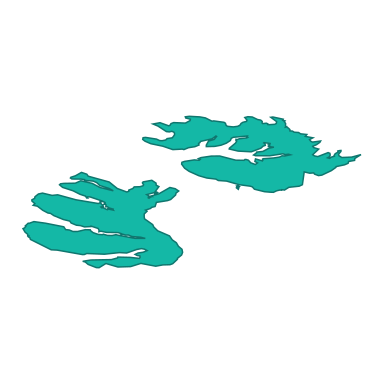 Ísafjarðarbær, Vestfirðir, Iceland (Equal Earth projection)
{"feature_id": "244011B55108803715122", "entity_name": "Ísafjarðarbær", "entity_type": "district", "adm_level": 2, "iso_a3": "ISL", "parent_name": "Iceland", "parent_adm1": "Vestfirðir", "projection": "equal_earth", "projection_center": [-22.968, 66.078], "detail": "fine", "context": "isolated", "style": "filled", "palette": "teal", "viewbox_px": 384, "rotation_deg": 0, "n_neighbors": 0, "source": "geoboundaries", "source_scale": "gbopen_adm2", "svg_char_len": 6039}
<svg xmlns="http://www.w3.org/2000/svg" viewBox="0 0 384 384"><path d="M81.5,172.4L75.4,175.8L70.8,177.3L70.4,178.0L71.9,179.0L81.0,179.1L84.6,179.6L84.7,180.4L93.2,181.1L96.7,182.6L99.8,185.5L109.0,188.4L113.3,190.8L100.0,187.5L92.2,183.4L80.8,180.8L75.3,183.2L63.7,183.4L60.5,183.8L59.5,184.8L62.6,187.4L73.1,190.8L80.0,194.3L85.5,196.1L86.7,198.0L87.4,198.0L86.7,197.4L87.3,197.5L87.4,196.9L90.0,196.9L102.1,201.0L104.9,202.4L104.4,203.0L105.1,203.7L104.7,204.0L106.1,205.0L105.8,206.8L107.4,206.7L108.6,207.6L108.1,208.2L109.3,208.0L113.9,209.3L112.2,209.1L113.5,209.6L112.7,209.5L113.2,210.1L108.4,209.1L107.6,209.7L106.5,209.4L103.5,207.9L103.5,207.4L101.9,207.9L100.9,207.0L101.9,206.7L103.5,207.3L102.7,205.1L104.6,204.1L102.4,205.1L100.5,203.0L100.5,202.0L101.4,201.8L101.1,201.6L100.0,201.9L100.3,202.6L99.9,203.0L98.2,203.5L76.0,199.8L57.7,194.8L52.1,195.4L42.5,193.1L38.4,194.0L35.0,196.7L34.6,198.4L31.9,199.8L31.9,201.0L34.9,203.7L33.2,205.3L37.4,206.2L42.8,210.3L47.9,213.0L50.6,213.4L53.8,215.6L63.3,219.5L69.8,221.1L71.1,223.0L76.4,225.2L80.5,225.6L84.4,226.9L91.8,226.5L90.3,226.2L91.0,226.1L98.2,228.5L99.1,230.5L98.9,231.7L100.9,231.2L106.5,232.4L118.1,232.6L121.3,233.6L121.5,234.6L121.9,234.0L126.0,235.1L128.4,235.0L131.9,236.5L140.7,237.2L145.3,238.4L135.0,238.4L119.5,235.5L120.3,235.3L121.4,234.8L121.1,234.7L119.4,235.5L115.9,234.7L112.1,235.5L107.4,235.4L103.3,234.2L102.3,234.7L98.2,234.4L93.0,232.6L90.5,230.6L90.3,229.8L85.2,229.7L77.6,231.5L72.9,231.5L69.3,230.0L65.6,229.6L63.8,226.8L45.5,223.2L33.9,221.6L29.2,223.3L28.2,223.2L25.3,225.9L25.8,226.4L24.6,227.9L23.0,228.6L25.1,232.2L27.7,234.3L27.7,236.0L28.9,236.0L28.5,236.9L30.0,237.9L30.4,239.4L51.2,249.8L57.1,250.1L82.6,254.6L84.4,254.5L86.7,253.5L104.5,254.2L119.4,252.6L126.7,253.0L136.6,249.5L141.5,248.6L144.6,249.2L147.1,250.6L143.2,252.2L138.0,253.0L135.1,254.4L137.2,255.5L139.9,255.9L140.1,257.3L139.4,258.4L130.4,257.4L117.8,257.1L117.6,257.9L111.4,259.6L90.9,260.0L82.7,261.3L85.3,262.0L88.1,264.4L96.3,267.6L99.1,267.7L105.9,263.5L117.9,267.0L130.6,266.6L140.9,263.4L155.7,266.2L162.9,264.9L170.0,264.7L172.7,263.7L177.4,259.3L177.4,258.4L181.6,255.0L182.6,252.3L182.0,249.3L178.4,246.3L176.4,242.8L172.3,239.9L169.5,235.9L157.7,230.8L153.8,227.0L152.7,224.6L144.5,218.8L144.2,216.8L144.2,214.0L147.0,211.3L145.5,210.1L150.7,208.4L151.5,207.4L155.1,206.5L156.4,202.4L167.6,200.6L170.7,199.5L175.6,195.0L176.0,193.1L178.7,191.0L175.2,188.7L169.9,187.5L158.7,193.9L150.8,196.1L151.5,196.5L150.0,196.5L151.5,196.6L149.0,198.2L148.2,197.8L148.5,196.4L149.8,196.5L146.7,194.6L155.3,192.3L155.9,193.0L154.6,193.6L154.9,194.6L156.8,193.1L157.3,193.5L157.0,193.0L157.6,192.5L155.3,191.5L158.9,186.6L156.2,185.2L156.0,183.1L151.8,180.3L143.1,181.9L142.4,182.9L143.6,184.8L143.0,185.8L140.0,186.7L134.2,186.9L132.8,188.5L128.8,190.1L128.8,191.3L126.8,192.0L117.3,188.5L109.2,182.0L88.2,176.2L86.8,174.2L81.5,172.4ZM361.0,154.6L351.7,157.1L341.8,157.5L338.9,155.7L338.6,154.2L340.9,151.5L341.0,150.5L340.0,150.5L337.8,151.0L338.1,152.1L335.2,153.7L334.1,155.5L334.4,156.2L331.1,157.2L329.7,158.4L327.6,157.8L329.5,156.7L330.2,155.1L329.9,153.3L328.1,152.6L317.8,156.6L314.4,155.9L312.7,154.7L318.7,149.1L313.7,147.6L312.7,146.3L316.5,144.7L319.9,142.3L320.6,141.0L312.5,142.1L310.7,141.2L309.5,139.6L312.9,137.8L305.3,136.4L306.8,134.5L300.5,133.8L298.6,132.5L294.2,132.2L292.5,131.1L289.9,130.9L289.9,129.6L288.8,128.5L286.8,126.9L285.7,127.1L286.1,126.6L285.5,126.6L285.9,126.4L285.5,126.1L285.6,123.5L284.3,121.7L285.0,120.9L282.7,120.3L283.2,119.2L272.9,117.0L270.8,117.3L276.6,121.6L276.3,123.5L274.8,124.3L269.2,124.7L267.7,124.5L267.8,123.8L266.3,123.2L262.8,123.6L262.1,123.1L262.2,121.4L260.7,120.1L257.5,119.5L252.3,117.0L247.9,116.7L244.8,117.5L247.0,120.2L246.5,121.4L242.9,122.3L241.1,123.4L239.9,125.2L237.7,126.3L233.3,126.9L227.4,126.3L226.1,125.3L225.4,123.2L224.0,122.3L213.7,120.9L212.0,121.2L205.4,117.9L199.9,116.9L189.3,116.3L185.3,116.8L185.7,118.0L190.4,119.2L190.1,120.6L185.4,123.1L173.6,122.6L171.0,123.6L169.9,125.4L168.7,125.8L160.0,122.7L153.0,124.0L158.0,126.1L166.4,131.6L169.3,131.9L171.8,131.3L173.8,132.1L174.5,133.1L174.5,134.9L172.3,137.8L167.1,138.6L165.7,140.0L162.1,140.7L159.7,140.6L156.5,139.1L145.5,137.4L143.1,137.7L142.7,139.4L145.0,141.2L150.8,143.7L162.8,146.2L172.8,149.6L182.3,149.1L183.9,149.6L188.5,147.7L194.9,146.7L199.0,145.0L198.6,143.4L199.7,142.8L200.6,141.4L212.1,138.8L215.9,136.0L216.6,136.4L214.3,139.4L208.5,141.1L206.3,145.1L206.3,146.6L214.7,146.4L221.0,145.2L226.3,143.2L230.4,140.5L231.3,138.3L233.3,137.3L247.3,136.0L246.8,136.8L247.8,137.3L246.8,137.9L239.2,138.8L237.2,139.6L236.0,139.3L235.9,140.4L236.6,141.2L235.6,143.0L229.4,148.2L229.2,149.0L238.1,151.1L251.3,151.8L260.9,148.2L263.2,146.1L265.3,145.4L264.9,143.6L263.7,142.9L264.0,142.6L270.1,143.5L269.9,144.2L268.4,144.9L269.5,145.5L268.6,146.5L273.9,147.2L269.0,148.2L262.9,151.4L256.6,152.1L256.6,152.8L253.6,155.0L255.5,155.7L269.7,155.8L282.8,153.8L285.3,154.6L288.5,154.2L290.4,154.8L284.7,156.0L282.1,155.8L279.4,157.1L273.4,158.0L263.1,158.7L262.5,159.2L262.9,160.1L262.4,160.9L255.5,158.9L254.9,161.5L257.5,162.9L255.3,164.5L250.7,162.8L248.4,160.2L246.1,159.5L244.9,159.5L244.1,160.3L235.8,160.2L219.7,156.0L211.2,156.1L201.0,157.6L198.5,158.6L200.2,159.4L199.2,160.3L194.3,159.9L184.5,161.4L181.9,162.3L181.6,164.1L184.6,168.2L189.2,171.4L198.8,175.7L206.8,178.0L215.9,179.1L218.3,180.5L226.6,181.1L239.2,184.7L250.4,186.2L252.4,186.9L254.4,189.2L264.5,191.7L270.4,192.2L273.5,192.3L276.6,190.8L280.0,190.0L281.6,190.2L281.7,189.7L284.5,190.0L284.1,190.3L288.9,187.3L299.2,186.2L302.4,184.7L304.2,171.9L309.7,173.2L313.7,172.9L314.5,174.1L318.5,175.6L321.9,175.1L331.4,170.6L335.9,167.4L336.1,166.6L344.6,164.8L348.1,163.3L348.6,161.5L354.6,160.4L354.8,158.5L361.0,154.6ZM237.8,185.6L236.5,186.0L237.1,187.0L236.4,187.8L238.3,189.3L238.8,187.9L238.0,187.4L239.4,186.8L238.6,186.8L239.3,186.5L237.8,185.6ZM110.9,208.8L109.0,208.8L111.2,209.2L110.9,208.8Z" fill="#14b8a6" stroke="#0f766e" stroke-width="1.5"/></svg>